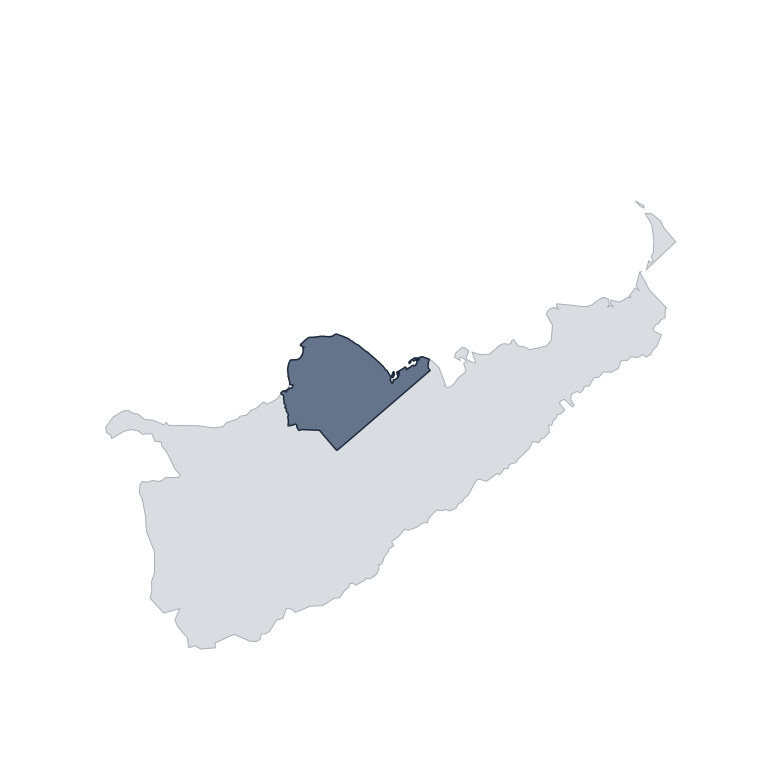 where Buenos Aires sits in Argentina, rotated 231°
{"feature_id": "ARG-1295", "entity_name": "Buenos Aires", "entity_type": "Federal District", "adm_level": 1, "iso_a3": "ARG", "parent_name": "Argentina", "parent_adm1": "", "projection": "albers", "projection_center": [-60.531, -37.151], "detail": "fine", "context": "in_parent", "style": "filled", "palette": "slate", "viewbox_px": 768, "rotation_deg": 231, "n_neighbors": 0, "source": "natural_earth", "source_scale": "10m", "svg_char_len": 9502}
<svg xmlns="http://www.w3.org/2000/svg" viewBox="0 0 768 768"><g transform="rotate(231 384 384)"><path d="M456.9,224.2L452.2,231.9L453.1,237.1L448.7,249.3L449.7,251.7L446.3,257.5L447.3,263.8L445.5,269.9L446.1,277.6L444.7,279.9L441.9,280.4L439.6,291.1L441.9,301.4L439.7,303.4L443.4,311.0L455.0,317.8L460.7,324.7L460.8,327.5L457.6,331.6L457.2,335.0L458.7,339.8L461.6,342.9L467.1,344.9L467.6,351.7L466.5,356.0L455.7,370.9L453.1,377.4L443.3,384.0L418.2,391.4L398.8,394.4L387.7,393.9L380.3,390.9L381.0,399.5L384.7,401.9L382.8,402.1L384.4,403.6L383.7,410.7L381.4,412.1L379.8,418.0L380.0,423.1L382.3,427.2L380.2,431.5L372.0,435.9L362.3,437.2L344.0,431.1L344.6,430.0L343.7,429.7L340.8,431.1L339.8,437.0L342.2,445.9L342.0,453.7L343.2,456.2L349.8,458.9L349.4,462.0L351.6,462.2L356.2,461.3L356.7,458.8L354.2,458.0L360.4,455.7L362.9,458.9L363.3,466.9L362.3,469.0L357.5,470.7L356.1,470.4L353.1,464.9L350.7,463.8L343.9,467.1L343.2,468.9L353.5,472.5L346.3,477.1L340.8,484.8L341.3,498.4L340.1,502.3L336.3,506.0L335.7,508.7L337.2,510.1L336.8,512.7L329.1,512.3L323.9,516.8L319.1,518.6L311.1,534.4L313.0,541.8L323.6,551.9L336.1,554.0L337.9,557.5L337.6,561.8L336.3,564.4L331.9,567.0L335.8,566.8L337.5,568.9L317.0,589.5L314.6,595.3L314.2,606.9L312.7,609.4L308.5,612.0L305.3,609.9L302.6,605.8L303.0,609.2L299.1,610.9L304.0,610.6L306.4,613.2L300.2,617.9L298.6,621.9L298.3,627.2L296.0,630.5L297.9,629.7L300.6,639.8L295.6,641.0L302.0,642.1L310.1,653.2L309.6,654.2L309.3,653.0L290.2,649.5L265.2,651.4L265.2,649.8L258.8,644.2L259.6,639.6L258.2,635.9L259.0,632.3L257.7,628.1L255.4,627.0L247.6,630.5L241.6,619.7L241.1,613.5L239.2,609.7L240.0,604.4L244.2,603.6L244.8,598.1L249.7,593.2L249.1,588.0L252.0,584.7L252.5,582.1L248.7,575.8L250.1,568.2L255.3,562.0L254.0,555.0L256.8,551.2L253.3,542.2L256.1,537.8L254.3,535.8L253.7,530.9L256.8,529.2L258.3,523.6L254.4,519.2L248.1,518.5L247.5,516.0L258.6,514.5L259.6,510.5L258.6,508.3L250.0,508.1L249.5,502.8L250.9,499.2L248.9,496.0L249.2,492.8L246.4,488.4L248.4,486.1L242.2,482.0L241.3,474.1L242.3,471.9L241.0,467.7L245.7,463.2L242.4,455.8L241.2,441.2L239.9,437.4L242.5,431.0L240.4,427.3L242.4,424.0L240.6,416.7L243.2,415.7L243.8,402.6L250.1,398.0L251.2,395.3L244.7,379.5L244.5,373.4L243.2,370.7L244.1,366.9L242.3,361.8L243.8,355.4L248.2,352.4L248.4,350.2L252.9,345.4L251.7,335.0L248.9,329.9L251.3,327.7L252.1,319.5L255.0,310.8L258.1,309.0L256.4,299.5L256.8,290.8L252.3,289.6L252.7,283.4L251.1,282.1L249.5,275.7L246.1,270.3L245.6,267.7L247.1,265.9L243.7,264.0L240.9,259.0L240.9,254.1L241.1,250.8L244.4,248.0L243.5,245.8L245.4,235.5L249.0,234.6L250.5,230.9L248.4,229.3L248.3,223.3L245.8,214.9L248.8,210.3L250.4,196.8L257.8,186.7L262.2,171.4L266.6,170.8L271.1,167.2L265.5,158.0L268.1,151.7L263.8,139.3L264.4,134.4L267.0,131.4L263.4,126.9L264.1,122.9L268.3,118.0L283.9,109.9L288.9,89.9L285.2,86.8L293.3,74.8L299.6,72.4L301.9,66.4L310.6,71.5L325.0,71.0L332.2,72.9L337.9,84.0L344.7,68.6L364.7,67.4L368.8,72.9L376.6,78.8L382.0,87.2L398.4,100.2L419.1,106.7L431.8,115.7L446.4,123.5L453.6,125.4L459.1,130.9L460.3,134.9L457.0,137.9L454.4,143.7L450.4,147.0L448.7,150.8L448.8,155.5L441.0,165.0L441.2,168.5L448.8,167.9L467.2,172.2L476.0,172.5L478.9,174.3L483.8,170.0L491.6,172.2L497.0,164.7L502.2,163.5L507.9,158.5L510.9,152.1L512.9,138.1L515.9,139.3L521.2,137.7L525.7,140.8L528.8,152.9L527.1,164.2L524.6,168.6L518.9,170.7L515.7,173.8L506.8,175.7L501.8,181.4L490.6,187.3L491.1,190.8L487.6,190.4L468.6,213.2L456.9,224.2ZM310.9,700.2L307.8,659.9L313.2,667.4L310.8,667.1L310.4,670.9L314.5,671.5L316.7,676.0L326.0,684.3L339.3,692.3L352.1,694.3L348.8,698.8L336.6,701.6L329.1,699.7L310.9,700.2ZM357.2,696.7L360.9,695.0L368.4,694.4L358.7,698.1L357.2,696.7ZM386.8,397.3L386.7,399.1L384.0,396.3L386.8,397.3Z" fill="#d9dde1" stroke="#a8b0b8" stroke-width="1"/><path d="M467.7,349.1L467.6,353.9L467.5,354.8L467.2,355.4L465.5,357.5L463.9,359.8L461.7,363.4L461.1,364.6L459.3,366.9L458.8,367.5L457.0,369.0L456.4,370.0L456.2,370.2L456.0,370.3L454.7,371.8L454.2,372.5L453.8,373.3L453.5,374.1L453.3,374.9L453.3,375.7L453.4,376.2L453.3,376.6L453.4,377.2L453.3,377.4L452.9,378.1L452.4,378.7L450.9,379.7L449.3,380.5L448.2,381.3L445.8,382.7L445.3,382.8L445.1,382.9L444.2,383.5L443.7,383.9L441.8,384.6L441.0,385.0L439.6,385.2L438.5,385.6L437.4,386.2L434.9,386.7L431.7,387.8L430.8,388.4L430.3,388.5L429.8,388.7L421.2,390.3L418.7,391.4L418.3,391.4L417.3,391.4L410.4,392.7L408.0,393.1L405.6,393.4L402.5,394.0L400.8,394.0L400.2,393.9L399.7,394.2L398.3,394.5L395.4,394.2L394.0,394.2L393.0,394.5L392.9,394.7L392.7,394.8L390.3,394.5L390.1,394.3L389.8,394.2L389.6,394.0L389.4,394.0L389.2,394.1L388.5,394.3L387.8,394.2L385.0,393.4L384.4,393.2L384.0,392.8L383.6,392.2L383.4,391.5L383.2,391.2L380.5,390.9L379.9,390.6L379.6,390.8L379.4,391.2L379.6,391.3L379.5,391.7L379.8,392.5L379.7,392.8L379.9,392.6L380.1,392.6L380.3,392.7L380.4,393.0L380.3,393.7L380.4,393.9L380.5,394.0L381.2,393.8L381.1,394.5L381.1,394.8L380.7,395.0L380.4,395.9L380.3,396.3L380.1,396.6L380.3,397.2L380.3,397.5L380.2,398.2L380.3,398.5L380.6,398.8L381.3,399.3L381.6,399.7L381.2,399.6L380.8,399.4L380.6,399.7L380.7,399.9L381.1,400.0L381.4,400.1L382.6,400.1L383.0,400.2L384.2,400.8L384.8,401.2L385.1,401.7L385.2,402.0L385.0,402.4L384.8,402.6L384.7,402.7L384.3,402.4L384.0,402.3L383.2,401.5L382.9,401.1L382.7,400.7L382.3,400.7L382.1,400.7L381.2,400.8L381.3,401.1L381.4,401.3L381.5,401.4L382.1,401.4L382.3,402.0L382.6,402.4L383.2,403.0L383.5,403.1L384.2,403.3L384.6,403.4L384.8,403.9L384.7,404.1L384.5,404.3L384.4,405.8L384.3,406.2L383.9,408.9L383.9,410.6L383.9,411.0L383.3,411.3L383.2,411.4L382.1,411.2L381.7,411.0L381.1,410.5L381.1,410.9L381.4,411.3L381.0,411.5L381.0,412.4L381.0,412.7L380.8,413.4L380.7,414.1L380.4,414.9L380.3,415.0L380.7,416.4L380.7,416.8L380.4,417.9L380.3,418.3L380.0,418.5L379.3,418.8L379.1,419.0L378.8,419.4L378.6,419.8L378.5,420.2L378.6,420.5L379.1,421.3L379.3,422.4L379.4,422.6L379.7,423.2L379.8,423.3L380.3,423.4L380.8,423.7L381.0,423.8L381.0,424.4L381.1,424.5L381.3,424.6L381.5,424.9L381.7,425.1L382.0,424.8L382.2,425.7L382.2,426.2L381.9,426.4L381.2,426.3L380.9,425.9L380.8,426.1L381.0,426.6L381.0,426.8L380.9,426.9L381.0,427.1L382.3,426.5L382.7,426.3L383.2,426.3L383.0,426.5L382.5,426.9L382.4,427.2L382.2,428.6L381.8,429.5L381.4,430.6L381.0,431.1L378.8,432.3L377.1,433.5L376.1,433.9L375.6,434.3L375.3,434.5L375.0,434.6L374.6,434.6L374.2,434.5L374.1,434.0L373.5,432.8L373.3,432.5L372.4,431.7L371.7,431.1L370.9,430.1L369.7,429.1L369.5,428.9L368.5,428.6L365.5,428.3L362.7,336.5L362.0,309.2L362.0,306.0L362.5,305.4L370.3,305.2L388.6,304.7L397.7,294.4L400.6,291.0L401.1,290.2L401.0,289.6L401.1,289.1L401.4,288.8L401.6,288.7L402.0,288.6L402.5,288.6L402.8,288.6L403.4,289.0L403.6,289.0L405.3,289.1L406.0,289.6L406.6,290.1L407.0,290.3L407.4,290.4L407.6,290.3L408.1,290.2L408.5,290.0L408.6,289.8L409.2,288.5L409.4,287.8L409.5,286.9L409.6,286.7L410.3,286.2L410.5,285.9L410.6,285.7L410.5,285.2L410.6,284.6L410.8,284.5L411.3,284.3L411.5,284.1L411.7,283.8L411.7,283.5L411.7,283.3L411.4,282.9L412.2,283.3L414.3,285.5L417.0,287.5L417.7,287.7L418.4,288.1L419.0,288.6L419.6,289.6L419.8,289.8L422.0,291.0L422.6,291.1L423.9,290.7L424.6,291.2L425.2,291.9L426.0,292.3L427.3,292.4L427.6,292.1L428.0,292.0L428.2,292.4L428.2,292.6L428.2,293.1L428.3,293.3L428.5,293.5L428.9,293.5L429.0,293.5L429.4,293.8L429.5,294.1L431.3,294.1L431.8,294.2L432.1,294.4L432.3,294.6L433.5,295.3L434.4,296.1L434.7,296.3L435.5,296.5L437.4,298.2L438.0,298.5L438.8,298.6L440.3,298.0L441.1,297.8L441.4,298.0L441.8,298.2L441.9,298.3L442.1,298.6L442.1,299.0L442.1,299.8L441.9,300.7L442.1,301.1L442.1,301.3L441.6,301.9L441.4,302.5L441.1,302.7L440.8,303.0L440.5,303.0L440.1,302.9L439.5,302.8L439.2,303.2L439.9,303.8L440.7,304.4L440.8,304.8L440.5,305.4L440.2,305.8L439.9,306.1L439.9,306.4L440.0,306.6L440.4,307.0L440.5,307.2L440.5,307.8L439.4,308.6L439.0,310.3L439.3,311.4L440.8,312.7L441.5,311.6L441.9,311.2L442.5,311.1L442.8,310.7L443.0,310.5L444.2,311.4L444.9,312.0L445.5,312.3L446.4,312.5L446.9,312.8L447.9,313.1L448.5,313.9L448.9,314.1L449.8,314.0L450.0,314.0L450.3,314.4L451.0,314.9L451.7,315.6L452.8,316.1L454.1,317.2L455.4,317.7L455.9,318.4L456.6,318.9L458.1,320.5L458.6,321.3L459.6,322.5L460.3,323.7L461.3,325.8L461.4,326.3L461.1,327.1L459.8,328.7L458.1,331.1L457.6,331.7L457.4,332.4L457.1,333.7L456.9,334.3L457.2,335.8L457.2,336.4L457.2,336.7L457.5,337.0L458.0,338.4L458.0,338.8L458.1,339.0L458.3,339.1L458.7,339.5L458.8,340.0L459.0,340.4L461.1,342.6L462.7,343.7L463.4,343.8L463.7,344.0L463.8,344.3L463.6,344.6L464.0,344.4L464.3,344.2L465.0,344.0L465.3,343.9L466.4,344.0L466.2,343.6L466.3,343.3L466.5,343.2L466.8,343.5L467.1,344.5L467.4,345.1L467.3,347.5L467.6,348.6L467.7,349.1ZM383.5,421.4L383.9,421.4L384.4,421.4L384.8,421.8L385.4,422.9L385.3,423.5L384.9,424.0L384.6,424.6L384.3,425.1L383.8,425.1L383.5,424.9L383.6,424.3L383.4,424.0L383.0,424.3L382.6,424.3L382.3,424.0L382.6,423.7L382.9,423.1L383.0,422.3L383.2,421.4L383.5,421.4ZM386.8,397.3L386.9,397.2L387.0,397.3L387.2,397.7L387.5,398.7L387.6,399.0L387.4,399.3L387.1,399.3L386.8,399.2L386.3,398.7L385.4,398.4L385.0,398.2L384.8,398.0L384.1,397.1L384.0,396.7L383.9,396.4L384.2,396.3L384.8,396.6L386.3,396.9L386.6,397.4L386.7,397.6L386.8,397.5L386.8,397.3ZM384.0,416.6L385.1,416.9L385.5,417.5L385.5,418.3L385.5,419.4L385.6,420.5L385.5,420.8L385.2,419.8L384.8,419.4L384.1,418.4L383.8,417.6L384.0,416.6ZM384.1,395.1L383.9,395.4L383.6,395.3L383.4,395.1L383.6,394.7L384.8,394.8L385.4,394.9L385.8,395.3L385.9,395.6L385.8,395.8L385.5,395.9L385.3,395.9L385.0,395.8L384.1,395.1Z" fill="#64748b" stroke="#1e293b" stroke-width="1.5"/></g></svg>